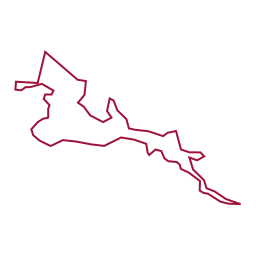 Navbakhor, Navoi, Uzbekistan (Equal Earth projection)
{"feature_id": "79887680B67095237367046", "entity_name": "Navbakhor", "entity_type": "district", "adm_level": 2, "iso_a3": "UZB", "parent_name": "Uzbekistan", "parent_adm1": "Navoi", "projection": "equal_earth", "projection_center": [65.4, 40.147], "detail": "fine", "context": "isolated", "style": "outline", "palette": "rose", "viewbox_px": 256, "rotation_deg": 0, "n_neighbors": 0, "source": "geoboundaries", "source_scale": "gbopen_adm2", "svg_char_len": 991}
<svg xmlns="http://www.w3.org/2000/svg" viewBox="0 0 256 256"><path d="M45.2,51.9L37.7,83.0L16.0,81.7L15.4,89.6L21.2,90.3L25.7,87.1L30.2,87.1L41.9,83.9L53.5,90.6L51.5,94.5L45.1,94.5L43.8,99.1L49.5,105.1L48.2,109.0L48.2,117.6L43.0,118.8L37.8,122.1L31.3,129.3L33.2,135.2L39.6,140.6L50.6,146.0L62.9,140.1L76.5,141.6L91.3,144.4L104.2,145.9L121.1,137.5L134.0,139.6L146.2,143.8L147.7,152.9L149.3,155.0L155.5,149.5L161.3,151.1L164.4,158.3L168.3,161.2L176.7,162.0L179.8,164.7L180.8,168.8L189.1,172.8L200.0,181.1L199.7,190.6L203.5,192.9L207.9,193.7L220.5,201.7L228.8,203.7L240.6,204.1L225.8,199.0L214.9,191.6L206.5,188.2L204.0,180.2L193.1,169.5L189.4,157.5L197.1,160.3L204.2,156.4L200.4,152.4L189.4,152.3L181.0,149.5L176.0,131.0L167.6,132.8L163.1,136.1L148.2,131.2L135.3,129.8L128.9,128.4L126.4,119.1L117.4,110.4L113.6,100.5L109.7,98.5L107.0,111.0L111.5,117.6L103.1,122.1L90.2,115.4L83.8,106.7L78.0,102.7L84.5,94.9L85.9,81.1L77.5,79.7L45.2,51.9Z" fill="none" stroke="#9f1239" stroke-width="2"/></svg>